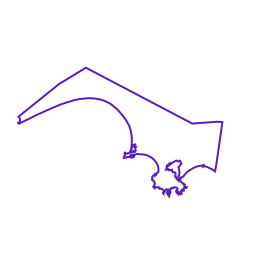 Al Burayqah, `Adan, Yemen (Equal Earth projection), rotated 35°
{"feature_id": "15242507B61395835555859", "entity_name": "Al Burayqah", "entity_type": "district", "adm_level": 2, "iso_a3": "YEM", "parent_name": "Yemen", "parent_adm1": "`Adan", "projection": "equal_earth", "projection_center": [44.818, 12.796], "detail": "fine", "context": "isolated", "style": "outline", "palette": "violet", "viewbox_px": 256, "rotation_deg": 35, "n_neighbors": 0, "source": "geoboundaries", "source_scale": "gbopen_adm2", "svg_char_len": 5978}
<svg xmlns="http://www.w3.org/2000/svg" viewBox="0 0 256 256"><g transform="rotate(35 128 128)"><path d="M201.9,69.0L197.4,71.8L178.1,87.5L58.9,102.8L46.3,131.5L31.8,181.6L32.9,181.8L33.9,182.3L34.9,183.3L35.5,184.5L35.7,185.7L35.0,186.8L35.3,187.0L36.4,187.0L36.6,186.2L41.9,176.8L45.7,169.6L53.4,156.8L59.0,147.8L63.4,141.8L66.0,138.7L67.7,136.3L71.6,132.2L75.7,128.6L79.4,125.6L84.6,122.5L88.4,120.8L92.8,119.3L97.8,118.5L100.0,118.2L107.9,118.8L115.7,120.6L122.3,122.8L128.1,125.8L131.2,128.1L134.6,131.4L136.7,133.8L139.6,137.9L142.0,141.7L141.0,139.8L141.1,139.4L141.6,139.5L142.0,139.8L142.0,140.0L142.4,138.8L142.6,139.1L142.6,138.6L142.9,138.5L142.9,138.3L143.0,138.2L143.1,138.3L142.9,138.6L143.2,138.6L143.2,138.4L143.3,138.6L143.5,138.3L143.4,137.9L143.7,137.8L143.7,137.6L143.9,137.7L144.8,139.1L144.6,139.4L144.7,139.5L144.9,139.7L145.1,139.6L145.0,139.8L145.2,140.0L145.1,140.3L145.3,140.4L145.6,140.1L145.5,140.3L145.8,140.5L147.0,142.1L146.9,142.5L147.1,142.9L146.9,142.9L146.9,143.1L147.1,143.0L146.9,143.6L146.5,143.9L146.1,143.9L146.3,144.1L145.9,144.2L145.9,144.5L145.7,144.5L145.8,144.7L145.4,145.4L144.8,146.1L144.9,145.7L144.4,145.8L144.4,145.4L143.5,145.7L143.6,145.2L143.3,145.6L143.2,145.1L143.4,145.2L142.3,142.3L142.4,142.0L142.2,141.9L142.2,142.4L142.7,143.8L143.3,146.1L143.4,148.1L142.8,148.5L142.5,148.5L142.1,149.4L141.4,149.2L141.1,148.9L141.4,149.3L141.5,149.5L141.2,150.2L140.8,150.7L140.4,150.7L139.9,149.9L139.6,150.0L139.9,151.0L140.6,151.2L140.9,151.6L141.1,152.2L141.1,153.7L141.4,154.3L141.7,154.6L141.8,154.9L142.5,154.1L143.4,153.4L144.1,152.1L144.5,151.8L145.2,151.2L145.9,150.9L146.3,150.3L146.6,150.1L146.5,149.7L146.3,150.0L146.1,150.1L145.8,149.6L145.7,148.7L145.9,148.0L146.6,147.9L146.7,148.0L146.7,148.7L146.8,148.9L147.3,148.0L147.4,147.6L147.2,147.5L147.5,146.9L148.2,146.8L148.7,147.4L148.6,147.7L148.5,149.6L149.4,148.6L149.2,147.2L148.7,147.1L148.5,146.7L148.9,145.7L150.8,143.8L152.0,143.0L152.8,142.8L154.2,141.7L157.7,140.0L160.0,139.2L163.9,138.8L165.8,138.8L168.9,139.4L172.7,140.9L173.9,141.7L175.6,143.1L177.3,145.2L177.7,145.9L178.1,146.9L178.0,147.4L177.5,147.8L177.9,149.6L177.9,150.2L177.6,150.6L177.0,150.7L176.9,150.9L177.1,150.9L177.2,151.3L176.7,150.9L176.8,151.4L176.7,151.0L176.5,150.9L176.5,151.7L175.9,152.6L176.0,154.6L176.7,155.4L177.4,155.8L177.4,156.7L179.8,156.8L180.7,157.2L182.1,158.3L182.0,159.1L182.8,159.9L182.7,160.4L182.5,160.6L182.3,161.2L183.0,161.5L183.1,162.0L183.4,162.1L184.3,161.5L184.5,161.6L184.4,161.2L185.1,160.2L186.7,159.2L187.1,159.5L187.4,159.0L188.1,158.8L188.6,159.1L188.5,159.3L188.6,159.7L188.8,159.7L189.1,159.3L189.7,158.8L191.3,158.4L192.9,158.7L193.5,159.1L193.6,159.5L193.9,160.0L193.9,161.3L194.4,161.4L194.2,161.2L194.1,160.8L194.1,160.6L194.3,160.2L194.7,159.8L194.3,159.5L194.5,158.8L194.1,158.7L193.9,157.9L194.5,157.2L194.8,156.8L194.6,156.2L194.9,155.9L195.7,155.7L196.1,155.7L196.5,156.3L196.5,155.9L197.2,156.2L197.8,157.0L197.8,157.5L197.1,158.3L197.5,159.2L197.6,160.0L197.6,159.3L198.0,159.2L198.4,159.4L198.2,159.1L198.3,158.8L198.2,158.1L197.9,157.5L197.9,157.0L198.4,156.8L198.7,156.9L199.0,158.0L199.9,159.0L200.5,159.5L200.2,158.5L200.0,157.7L199.4,156.9L199.5,156.4L199.8,156.6L199.8,156.4L198.2,155.0L198.0,154.1L197.5,154.0L197.7,153.6L197.8,153.1L198.4,153.1L198.9,153.5L198.2,152.7L198.7,152.9L198.2,152.6L198.2,152.3L198.5,152.1L198.4,151.8L198.8,151.4L199.0,151.4L199.4,151.9L198.8,150.9L199.4,151.8L199.3,151.3L199.6,151.1L199.4,150.9L199.6,150.4L200.4,149.7L201.9,149.0L203.0,149.0L203.7,149.5L203.4,151.5L203.7,152.2L205.2,153.2L205.6,152.3L205.6,151.5L206.6,151.3L207.0,152.2L207.1,153.0L207.4,153.1L207.5,153.5L207.7,153.4L207.7,153.1L207.4,152.1L207.8,151.3L207.9,151.2L208.3,151.5L208.7,151.4L208.9,151.6L208.9,151.2L209.1,151.1L208.8,151.0L209.0,150.7L208.7,150.6L208.5,150.4L208.5,150.1L208.6,149.9L208.5,149.7L208.2,149.8L207.9,149.4L207.8,148.9L207.6,148.9L207.8,148.0L207.6,147.6L207.7,147.2L208.3,146.6L208.8,147.1L208.9,147.5L209.6,147.6L209.7,147.4L209.6,146.9L209.3,146.8L208.7,146.9L208.3,146.3L208.3,145.2L210.3,143.4L210.7,142.4L210.5,142.7L209.8,143.1L209.8,142.8L209.6,142.9L209.7,143.1L209.0,143.5L209.0,143.2L208.8,143.3L208.9,143.5L208.3,143.8L207.6,143.3L208.4,142.7L207.6,143.2L207.2,142.5L207.2,141.9L206.9,141.9L206.8,141.7L204.8,142.2L204.6,142.0L204.6,141.7L201.4,141.7L200.1,141.8L199.8,141.6L199.8,142.4L199.6,142.0L199.7,141.8L199.5,141.7L199.5,141.9L198.9,142.0L197.4,142.0L196.8,141.6L196.6,141.0L196.1,140.8L195.3,141.1L194.9,140.9L194.7,140.5L194.3,140.5L194.0,140.2L194.0,139.6L193.4,138.4L192.9,138.0L192.7,137.7L192.3,137.5L192.0,137.4L191.6,137.7L191.0,137.7L190.5,138.5L189.9,138.5L189.2,138.3L188.4,137.0L188.2,136.9L187.9,137.7L187.5,137.8L187.1,137.7L186.7,138.0L186.3,138.2L186.3,138.4L186.1,138.5L185.8,139.2L185.6,139.4L184.5,138.6L183.7,138.8L183.6,139.0L183.7,139.4L183.3,139.7L183.4,140.0L183.1,140.4L182.7,139.0L181.4,136.5L181.9,135.3L182.2,135.3L182.4,135.0L182.4,134.2L182.2,134.0L182.3,133.8L182.3,133.3L182.5,133.3L182.7,133.0L182.9,132.2L183.4,132.1L183.0,133.3L183.0,134.0L182.7,134.5L182.8,135.1L182.5,136.1L182.6,136.4L184.6,130.4L186.1,127.2L186.7,126.8L187.5,126.9L188.2,126.6L188.6,126.4L189.1,125.1L190.0,125.2L191.1,126.1L192.3,126.6L192.0,128.2L192.1,128.3L192.1,131.4L192.9,131.7L192.6,131.7L193.0,132.1L192.9,131.8L195.5,134.7L197.1,137.7L196.9,138.6L197.0,138.9L198.4,139.6L199.5,139.1L199.4,140.6L199.2,140.4L199.1,140.7L199.8,140.8L200.0,141.1L200.0,140.7L200.4,140.5L200.4,140.2L200.1,139.9L200.1,139.3L199.8,138.9L199.9,137.7L200.0,137.3L200.5,137.0L201.1,136.1L201.4,131.7L201.9,129.5L202.9,126.8L204.6,123.2L205.4,121.8L206.6,120.0L208.6,117.6L210.4,116.2L210.9,116.1L211.1,116.2L211.3,117.4L211.4,117.1L210.9,115.3L211.3,114.7L211.5,114.9L211.3,115.0L211.1,115.5L211.6,117.1L211.5,117.6L211.7,117.3L211.5,116.3L211.6,116.2L213.5,115.1L215.5,114.5L221.2,113.5L224.2,113.6L221.7,108.1L213.1,91.0L201.9,69.0Z" fill="none" stroke="#5b21b6" stroke-width="2"/></g></svg>